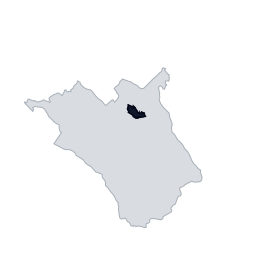 Idiofa, Bandundu, Democratic Republic of the Congo (highlighted), rotated 136°
{"feature_id": "63176286B53815785774290", "entity_name": "Idiofa", "entity_type": "district", "adm_level": 2, "iso_a3": "COD", "parent_name": "Democratic Republic of the Congo", "parent_adm1": "Bandundu", "projection": "equal_earth", "projection_center": [19.504, -4.707], "detail": "fine", "context": "in_parent", "style": "filled", "palette": "ink", "viewbox_px": 256, "rotation_deg": 136, "n_neighbors": 0, "source": "geoboundaries", "source_scale": "gbopen_adm2", "svg_char_len": 6735}
<svg xmlns="http://www.w3.org/2000/svg" viewBox="0 0 256 256"><g transform="rotate(136 128 128)"><path d="M192.3,168.1L179.0,170.9L179.3,171.9L179.1,173.0L178.8,173.8L177.4,176.0L175.4,178.0L175.4,178.5L176.4,180.7L177.0,183.8L176.8,189.3L177.0,190.7L177.0,191.9L176.3,193.1L174.9,199.7L175.7,202.8L178.3,205.8L179.8,208.0L182.4,208.8L182.8,208.6L183.0,206.8L185.0,206.1L184.9,217.7L184.7,218.4L184.3,218.5L183.8,218.1L183.7,217.0L183.2,216.6L180.6,218.0L180.0,218.0L179.3,217.7L178.8,217.1L178.7,216.2L177.0,212.9L176.1,212.6L175.2,209.6L171.2,207.4L169.7,207.2L168.9,206.5L168.2,204.1L166.9,202.6L166.6,200.8L166.3,200.6L165.5,200.9L164.8,203.7L163.9,204.3L162.3,204.4L158.2,203.6L155.4,202.2L154.6,202.3L153.5,201.0L153.0,198.9L153.3,197.3L153.0,197.1L148.6,198.4L147.6,199.2L146.6,199.0L146.2,198.6L146.7,197.5L146.5,196.3L146.2,195.7L144.9,195.3L144.4,194.0L143.7,193.8L143.4,194.0L143.2,194.9L142.7,195.2L140.1,194.8L137.3,195.9L133.6,195.6L131.9,196.9L131.6,196.9L131.2,196.2L130.9,194.0L131.1,193.4L131.6,193.0L131.8,192.1L131.7,189.8L131.8,189.3L131.6,187.9L131.1,185.8L130.3,184.1L128.6,181.5L128.3,180.3L128.5,177.5L129.0,172.9L129.0,169.5L128.3,167.3L128.1,164.9L128.6,160.6L128.2,159.6L119.8,159.2L119.4,158.9L119.2,158.3L119.6,155.8L114.5,156.4L113.0,156.9L112.0,158.0L111.7,159.3L111.7,161.1L110.9,162.9L110.7,165.9L109.3,166.2L107.9,166.2L105.1,165.6L102.5,166.4L101.2,167.2L100.5,166.9L98.1,167.2L97.8,166.9L95.0,161.0L93.8,159.1L93.6,158.1L93.7,157.2L93.3,155.9L92.1,152.9L91.8,151.5L91.9,149.2L91.7,148.5L90.6,146.6L89.8,146.0L89.0,145.6L75.3,145.9L70.7,145.5L67.4,145.8L65.7,145.6L65.2,145.3L63.7,145.7L62.9,146.5L61.8,147.0L61.0,146.8L59.6,144.6L61.5,144.2L61.8,138.7L61.3,137.9L62.3,137.1L64.0,134.7L65.6,133.9L65.8,133.4L66.2,133.4L66.8,134.4L68.2,135.7L69.9,134.6L70.1,134.3L70.3,132.0L70.8,131.8L71.5,132.3L71.9,132.3L72.7,131.6L74.9,130.5L75.6,131.9L75.0,133.3L75.2,134.2L75.3,135.6L75.7,136.0L77.4,136.1L78.0,135.8L81.4,130.6L82.4,130.0L83.8,127.9L85.8,127.0L86.6,125.3L87.7,122.4L88.2,118.2L88.1,110.9L88.2,110.0L90.6,106.7L93.0,100.7L94.6,99.2L95.9,98.6L97.8,96.4L99.3,94.2L99.1,91.6L99.4,89.4L100.2,86.6L100.5,83.7L100.2,80.6L100.3,78.1L101.5,74.0L101.6,69.4L102.6,65.5L104.6,60.6L105.5,56.9L105.3,53.3L105.6,50.6L105.5,49.0L105.1,47.7L105.3,46.8L106.1,46.5L107.0,45.1L108.7,41.5L110.6,39.8L111.8,39.3L113.2,39.3L114.0,39.6L115.4,41.0L117.0,42.1L118.2,43.5L119.4,45.7L122.3,46.2L123.5,47.0L124.2,47.2L124.5,47.0L125.1,47.2L126.4,47.8L127.5,47.4L132.8,48.9L133.4,48.2L134.9,44.4L136.0,43.2L137.8,43.0L139.2,43.7L139.9,43.8L146.4,40.6L147.2,40.4L149.6,41.2L151.1,40.7L151.8,40.8L153.1,40.3L154.1,38.0L155.0,37.5L164.4,39.9L165.8,38.7L166.4,38.6L168.5,39.4L169.2,40.8L170.4,42.0L171.3,43.9L172.7,45.0L173.4,46.1L174.2,46.8L175.9,47.0L178.0,45.3L179.6,45.5L181.1,46.4L181.6,46.4L182.8,45.3L183.4,44.2L184.0,44.0L184.9,44.5L185.6,45.5L186.3,47.0L188.6,50.3L190.9,51.8L191.4,53.8L192.2,53.6L192.7,53.8L193.2,55.1L193.7,55.4L193.7,55.9L193.2,57.1L192.7,59.4L193.4,60.9L192.8,63.0L192.5,65.1L193.2,65.6L194.2,65.6L195.0,66.7L195.7,66.9L196.4,68.1L196.3,69.1L194.0,72.6L190.7,76.9L189.6,77.4L189.0,78.2L188.6,79.5L187.6,80.5L186.9,80.9L186.8,84.0L185.7,87.3L185.3,87.9L184.7,93.2L184.8,94.1L184.1,98.3L184.2,102.3L182.6,103.6L181.5,105.5L181.0,106.9L181.0,110.1L179.2,112.1L179.0,112.6L179.5,114.8L180.2,115.2L180.2,116.0L181.7,118.4L181.5,126.0L181.6,126.7L182.4,128.5L182.9,131.9L182.3,136.3L184.3,144.2L183.4,147.2L183.8,149.9L185.0,152.9L187.8,155.7L188.5,156.9L189.2,158.5L189.9,161.0L192.3,168.1Z" fill="#d9dde1" stroke="#a8b0b8" stroke-width="1"/><path d="M105.9,127.8L106.0,127.8L106.3,128.2L106.4,128.3L106.6,128.4L106.9,128.4L106.9,128.6L106.9,129.0L106.8,129.4L106.8,129.5L107.0,129.8L107.1,130.1L107.3,130.0L107.3,129.8L107.4,129.7L107.5,129.7L107.6,129.8L107.7,129.7L107.7,129.8L107.8,129.9L108.0,129.9L108.1,129.7L108.4,129.8L108.7,129.5L108.8,129.6L108.8,129.8L108.9,130.0L109.0,130.2L109.1,130.3L109.1,130.6L109.1,130.8L109.0,131.1L109.5,130.7L109.8,130.8L109.8,131.0L109.9,131.3L109.9,131.5L110.0,131.5L110.0,131.8L109.9,131.9L109.9,132.0L110.0,132.3L110.0,132.5L110.0,132.8L110.0,133.0L110.0,133.3L110.0,133.5L109.9,133.5L109.8,133.8L109.7,133.9L109.6,134.0L109.5,134.3L109.4,134.7L109.4,135.0L109.4,135.4L109.4,135.6L109.3,135.8L109.2,136.5L109.0,136.8L108.9,137.2L108.9,137.3L108.8,137.5L108.7,137.8L108.8,138.0L108.8,138.9L108.8,139.0L108.8,139.3L108.8,139.7L109.0,139.7L109.0,139.9L109.2,139.7L109.3,139.4L109.4,139.2L109.5,139.1L109.8,138.8L109.8,138.7L110.0,138.7L110.1,138.8L110.3,139.1L110.4,139.3L110.4,139.5L110.5,139.7L110.5,139.8L110.6,140.0L110.3,140.4L110.2,140.5L110.3,140.7L110.3,140.8L110.5,141.1L110.8,142.2L110.9,142.3L111.0,142.4L111.1,142.5L111.3,142.7L111.3,142.9L111.4,143.3L111.4,143.6L111.5,143.8L111.5,144.0L111.6,144.4L111.7,144.5L111.8,144.6L112.0,144.4L112.1,144.1L112.1,143.9L112.1,143.7L112.2,143.4L112.3,143.4L112.5,143.7L112.8,143.6L113.0,143.2L113.1,142.9L113.7,143.0L113.8,142.9L114.0,142.8L114.1,142.7L114.3,142.4L114.5,142.4L114.4,142.1L114.5,141.8L114.5,141.7L114.8,141.5L115.2,141.7L115.4,141.4L115.6,141.2L115.7,140.9L115.5,140.6L115.5,140.4L115.6,140.2L115.8,140.0L115.9,139.9L116.0,139.6L116.0,139.4L116.2,139.1L116.3,139.0L116.4,138.9L116.5,138.8L116.6,138.7L116.8,138.7L116.7,138.5L116.7,138.4L116.7,138.2L116.6,137.9L116.5,137.7L116.4,137.6L116.4,137.4L116.4,137.1L116.3,136.9L116.2,136.9L116.2,136.6L116.2,136.3L116.1,136.2L116.1,135.8L116.0,135.6L116.0,135.4L115.9,135.2L115.8,134.9L115.8,134.7L115.8,134.4L115.8,134.2L115.8,133.9L115.9,133.7L115.9,133.4L115.9,133.2L116.0,133.1L116.0,132.8L116.1,132.7L116.3,132.5L116.3,132.4L116.2,132.3L116.2,132.2L116.0,131.9L116.0,131.6L115.9,131.5L115.9,131.3L115.9,131.2L115.7,131.0L115.7,130.9L115.7,130.6L115.6,130.4L115.6,130.2L115.5,129.8L115.5,129.7L115.4,129.7L115.3,129.4L115.2,129.3L115.0,129.2L114.9,129.1L114.7,129.0L114.6,128.9L114.5,128.7L114.4,128.5L114.2,128.5L114.1,128.4L113.8,128.2L113.7,128.3L113.7,128.2L113.4,128.2L113.2,128.1L112.8,128.0L112.7,128.0L112.5,127.9L112.4,127.8L112.3,127.6L112.2,127.6L111.8,127.3L111.7,127.1L111.4,126.9L111.1,126.7L110.9,126.5L110.8,126.4L110.5,126.2L110.4,126.2L110.2,126.0L110.1,125.9L109.9,125.8L109.8,125.7L109.7,125.6L109.4,125.5L109.3,125.4L109.2,125.3L108.9,125.3L108.7,125.2L108.4,124.9L108.2,124.8L108.1,124.7L107.9,124.6L107.7,124.5L107.6,124.4L107.4,124.3L107.2,124.3L107.2,124.5L107.2,124.9L107.2,125.1L107.3,125.2L107.2,125.6L107.1,125.8L106.9,126.0L106.7,126.3L106.6,126.6L106.4,126.7L106.4,126.8L106.4,127.1L106.3,127.4L106.2,127.5L105.9,127.6L105.9,127.8ZM112.0,128.3L111.9,128.3L111.9,128.1L112.0,128.0L112.1,128.3L112.0,128.3ZM114.5,129.2L114.4,129.2L114.5,129.0L114.5,129.2Z" fill="#0f172a" stroke="#020617" stroke-width="1.5"/></g></svg>